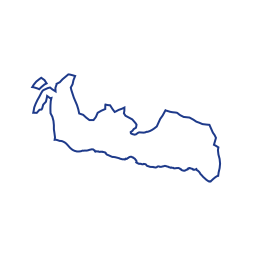 outline of Kota Gunungsitoli, Sumatera Utara, Indonesia, rotated 137°
{"feature_id": "22746128B74256869593133", "entity_name": "Kota Gunungsitoli", "entity_type": "district", "adm_level": 2, "iso_a3": "IDN", "parent_name": "Indonesia", "parent_adm1": "Sumatera Utara", "projection": "albers", "projection_center": [97.596, 1.252], "detail": "fine", "context": "isolated", "style": "outline", "palette": "blue", "viewbox_px": 256, "rotation_deg": 137, "n_neighbors": 0, "source": "geoboundaries", "source_scale": "gbopen_adm2", "svg_char_len": 5428}
<svg xmlns="http://www.w3.org/2000/svg" viewBox="0 0 256 256"><g transform="rotate(137 128 128)"><path d="M189.7,169.4L188.6,168.5L188.5,168.2L187.9,167.3L186.8,165.2L185.8,164.2L185.4,163.6L185.0,163.0L184.7,162.2L184.3,161.2L184.0,160.1L183.9,159.4L183.8,158.5L183.8,156.3L183.9,153.2L183.8,152.1L183.7,151.3L183.7,151.0L183.6,150.8L183.6,150.5L183.3,149.3L183.1,148.9L182.9,148.4L182.7,147.8L181.8,146.4L181.4,145.7L180.9,145.2L179.8,144.2L179.2,143.8L178.8,143.5L178.4,143.2L177.8,142.9L177.0,142.6L176.5,142.3L176.2,141.9L176.0,141.7L175.3,141.2L174.9,140.9L173.8,139.8L172.9,139.2L172.2,138.8L171.9,138.7L171.3,138.4L170.5,138.0L169.9,137.6L169.3,137.3L168.7,136.8L168.3,136.3L168.1,136.1L167.9,135.0L167.9,134.6L167.7,134.3L167.8,133.9L168.1,133.5L168.1,133.1L168.0,132.9L167.8,132.8L167.7,132.8L167.1,132.6L166.8,132.3L166.7,132.1L166.4,131.7L166.2,131.6L165.7,131.2L165.5,130.5L165.4,130.4L165.1,130.1L164.9,129.7L164.6,129.5L164.3,129.4L164.1,129.3L163.7,128.8L163.4,128.5L163.1,128.4L162.9,127.8L162.7,127.7L162.4,127.3L161.7,126.2L161.4,125.7L161.3,125.3L161.3,125.1L161.5,125.0L161.6,124.6L161.6,123.6L161.6,123.1L161.5,122.8L161.0,121.7L160.7,121.1L159.6,118.4L159.1,117.4L158.5,116.9L157.7,115.9L157.5,115.7L157.3,115.4L156.6,114.3L155.8,113.1L155.7,112.9L155.5,112.5L155.0,111.8L154.8,111.1L154.6,110.7L154.3,110.3L154.1,110.0L153.5,109.0L153.3,108.8L152.9,108.4L152.2,107.8L151.8,107.1L151.6,107.0L151.3,107.1L151.1,107.2L150.7,107.2L150.5,106.8L150.4,106.6L150.1,106.3L149.9,106.2L149.7,106.3L149.4,106.3L148.8,106.2L148.4,106.0L148.1,105.9L147.9,105.9L147.7,105.9L147.3,105.9L146.9,105.8L146.4,105.6L145.6,105.1L145.2,104.7L145.0,104.4L144.9,104.1L144.8,103.5L144.6,103.1L144.5,102.8L144.3,102.7L144.3,102.1L144.1,101.4L144.0,100.9L144.0,100.4L144.1,100.1L144.2,99.8L144.1,98.7L144.3,98.5L144.4,98.0L144.7,97.6L144.8,97.4L145.2,97.2L145.4,97.2L145.4,96.8L145.3,96.7L145.0,95.9L144.9,95.6L144.8,95.3L144.7,95.2L144.7,94.8L144.5,94.5L144.2,94.1L143.9,94.0L143.6,93.5L143.3,93.4L143.0,93.0L142.7,92.5L142.6,92.1L142.1,91.5L141.5,91.1L141.1,91.1L140.9,90.9L140.2,90.0L140.0,89.7L139.8,89.2L139.8,88.8L139.9,87.9L139.8,87.1L139.5,86.6L139.2,86.3L139.1,85.9L138.9,85.7L138.7,85.1L138.5,84.8L137.9,84.0L137.5,83.6L136.9,83.1L136.8,82.9L136.6,82.7L136.4,82.5L136.2,82.4L135.9,81.7L135.3,81.1L135.2,80.9L135.1,80.6L134.8,80.4L134.6,80.2L134.3,80.0L133.6,79.7L133.1,79.7L132.8,79.7L132.2,79.4L131.5,78.7L131.3,78.2L131.2,77.9L130.9,77.6L129.8,76.7L129.3,76.5L128.9,76.3L128.2,75.8L127.1,75.3L126.8,75.1L126.6,74.8L126.3,74.3L126.0,73.9L125.8,73.5L125.6,73.0L125.2,72.6L125.0,72.2L124.8,71.4L124.5,71.1L123.9,69.8L123.7,69.7L123.4,69.7L123.2,69.5L123.2,69.3L123.2,69.2L122.1,68.0L122.0,67.9L122.0,67.5L121.9,67.2L121.3,66.6L120.9,66.3L120.6,66.1L120.2,65.8L119.7,65.5L119.4,65.2L118.8,64.7L118.5,64.5L118.2,64.0L117.8,63.1L117.9,62.9L117.6,62.2L117.6,61.8L117.4,61.6L117.5,61.3L117.5,60.9L117.5,60.7L116.9,59.6L116.7,59.2L116.3,58.7L116.0,58.5L115.8,58.2L115.7,58.1L115.4,58.0L115.2,58.0L114.4,57.7L113.8,57.6L113.5,57.6L112.9,57.1L112.6,57.0L112.4,57.0L112.2,57.1L111.8,57.4L111.4,57.1L111.1,56.9L110.8,57.1L110.5,57.0L110.3,56.8L109.9,56.2L109.7,55.7L109.5,55.4L109.2,54.8L108.6,54.0L108.6,53.9L108.6,53.7L108.8,53.7L108.8,53.3L108.8,53.2L108.4,52.6L108.1,52.3L107.5,52.0L107.1,51.7L106.6,51.5L106.3,51.5L106.0,51.4L106.1,51.2L106.4,50.7L106.4,50.3L106.0,49.1L106.0,48.7L105.9,47.5L106.0,46.5L106.4,44.7L106.3,43.3L106.4,41.1L106.2,38.9L106.0,36.5L105.8,35.7L105.6,34.8L105.2,33.5L105.0,33.3L104.8,33.3L104.6,33.3L104.4,33.2L104.3,32.9L104.2,32.6L103.9,32.5L103.3,32.6L100.2,32.6L98.8,32.5L97.4,32.4L96.5,32.2L95.5,32.0L94.7,31.5L92.0,33.7L88.3,36.2L85.0,39.1L82.1,42.9L79.9,47.0L77.3,50.5L75.1,52.2L76.0,55.5L76.6,57.1L70.4,60.8L69.5,63.8L69.1,66.7L66.3,74.8L68.2,76.9L70.9,80.1L72.3,83.3L73.7,86.0L74.5,89.5L75.9,93.7L79.8,98.2L80.2,99.4L80.6,100.4L81.1,101.9L81.3,102.8L81.5,104.3L81.7,105.5L82.2,106.3L83.3,107.6L84.2,108.6L85.1,109.7L86.4,111.5L86.9,112.5L87.3,113.1L87.6,113.7L88.2,114.6L88.5,115.4L90.9,114.6L94.2,113.5L98.2,112.7L105.9,109.5L109.3,109.8L111.7,110.2L113.9,110.8L116.2,111.8L116.9,112.5L118.5,113.1L119.8,114.0L122.8,117.2L124.2,117.7L126.4,117.9L127.7,118.6L129.0,120.6L129.5,122.1L128.8,123.2L126.6,122.9L124.6,123.3L122.0,122.8L120.8,123.6L119.5,124.6L119.2,126.1L119.1,128.0L119.0,131.4L121.5,138.7L121.0,141.5L118.9,143.1L116.7,145.4L119.0,146.1L122.5,147.6L125.6,148.4L126.8,148.8L126.4,152.5L125.6,156.8L127.2,158.6L128.5,160.5L128.9,160.3L131.7,157.4L135.6,158.8L139.8,159.8L143.9,158.0L145.3,157.7L146.9,157.5L147.8,157.3L150.8,160.1L151.5,164.2L151.8,168.2L153.8,171.9L151.6,175.6L149.7,179.5L146.9,187.2L143.5,194.5L142.3,196.6L138.7,197.8L135.2,200.2L131.2,202.1L132.7,204.6L134.1,206.8L135.1,207.9L142.7,208.3L146.7,208.0L150.1,209.0L150.3,208.7L153.8,206.8L156.0,204.2L157.0,207.9L157.4,210.8L159.5,211.9L163.4,213.2L164.9,213.5L167.5,212.8L171.4,211.4L175.2,210.2L179.0,208.7L182.5,207.0L185.7,204.6L186.9,203.8L184.4,201.3L180.3,201.7L178.7,200.5L177.5,200.8L174.1,202.9L170.1,203.2L166.7,205.5L165.3,206.6L164.6,202.8L163.5,202.2L166.1,200.4L169.1,197.6L171.9,194.7L174.6,191.6L175.7,187.7L177.7,184.0L180.3,180.6L183.0,177.7L185.3,174.4L187.8,170.9L189.7,169.4ZM159.4,216.8L157.1,216.1L156.4,220.0L157.2,223.9L159.4,224.2L163.4,224.5L167.3,224.0L170.1,223.2L169.2,222.1L167.2,218.6L166.5,216.9L163.4,217.0L159.4,216.8Z" fill="none" stroke="#1e3a8a" stroke-width="2"/></g></svg>